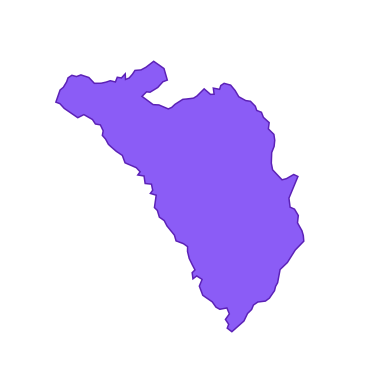 the district of Nova Esperança do Sul, Rio Grande do Sul, Brazil, rotated 344°
{"feature_id": "56859067B55473062015282", "entity_name": "Nova Esperança do Sul", "entity_type": "district", "adm_level": 2, "iso_a3": "BRA", "parent_name": "Brazil", "parent_adm1": "Rio Grande do Sul", "projection": "equal_earth", "projection_center": [-54.832, -29.409], "detail": "fine", "context": "isolated", "style": "filled", "palette": "violet", "viewbox_px": 384, "rotation_deg": 344, "n_neighbors": 0, "source": "geoboundaries", "source_scale": "gbopen_adm2", "svg_char_len": 1850}
<svg xmlns="http://www.w3.org/2000/svg" viewBox="0 0 384 384"><g transform="rotate(344 192 192)"><path d="M285.8,165.1L286.6,159.2L282.8,152.4L285.3,146.6L281.2,139.9L280.7,134.5L276.7,131.4L276.5,127.0L273.2,120.9L268.8,118.9L263.2,113.3L261.4,106.3L258.6,99.9L252.8,96.4L249.0,97.6L246.8,100.9L241.1,98.0L240.2,104.1L236.7,103.3L232.1,96.2L223.2,101.1L219.3,102.2L212.4,101.1L208.7,100.4L199.9,103.0L195.8,105.1L192.1,105.6L184.2,99.2L178.7,97.3L170.3,86.3L175.9,83.2L179.2,84.5L187.9,82.1L194.4,78.0L199.1,77.6L199.1,65.6L191.2,55.8L182.1,59.4L176.6,60.6L170.7,59.4L167.2,62.4L163.0,65.1L159.1,65.5L160.4,60.0L155.6,62.9L151.8,61.1L148.7,65.1L144.1,62.5L139.7,62.7L134.6,62.4L128.1,60.6L124.4,53.5L120.7,51.0L117.5,48.8L112.8,49.2L108.7,46.7L104.3,48.1L101.8,51.6L97.2,55.9L93.3,57.6L85.9,68.1L89.4,70.7L92.2,76.4L102.7,89.1L109.4,87.8L116.3,94.9L117.9,100.0L122.4,102.2L123.5,108.7L121.4,112.9L123.5,117.3L124.8,123.2L126.9,126.6L130.4,132.0L135.1,137.6L135.7,145.5L138.6,147.9L145.2,153.3L147.7,158.3L144.6,160.7L150.3,163.4L149.3,170.9L155.2,173.3L154.7,179.5L151.6,181.9L156.7,185.2L151.6,196.6L153.6,200.2L153.7,207.2L157.4,211.8L158.6,217.8L163.2,228.6L163.2,234.6L169.5,239.3L172.7,243.3L171.3,247.9L171.0,255.2L172.2,262.0L173.4,267.7L169.9,269.6L169.0,275.7L173.4,274.0L177.6,278.8L173.1,284.5L173.9,294.3L181.2,303.2L183.3,309.3L186.4,312.4L193.6,313.1L194.3,319.5L189.0,323.7L190.8,329.3L188.3,332.6L191.8,337.3L206.4,330.3L211.9,324.1L216.9,321.4L219.9,317.6L224.9,315.9L232.5,317.1L237.1,315.4L244.1,309.6L246.3,305.8L249.3,302.8L255.3,290.8L264.2,286.1L275.3,276.2L285.9,270.1L287.0,264.5L287.0,259.5L284.9,250.7L287.7,243.9L285.8,236.7L282.1,233.6L283.5,224.6L298.1,206.3L294.6,203.2L286.5,205.2L281.9,205.1L275.6,192.9L276.2,186.1L279.5,176.0L283.5,170.8L285.8,165.1Z" fill="#8b5cf6" stroke="#5b21b6" stroke-width="1.5"/></g></svg>